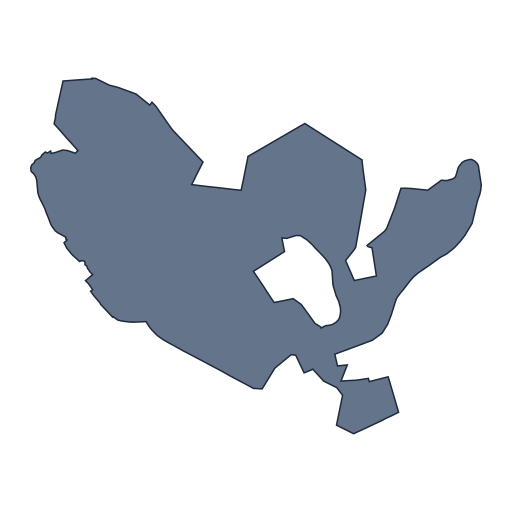 Staicele, Alojas, Latvia
{"feature_id": "27541924B49532030133644", "entity_name": "Staicele", "entity_type": "district", "adm_level": 2, "iso_a3": "LVA", "parent_name": "Latvia", "parent_adm1": "Alojas", "projection": "albers", "projection_center": [24.758, 57.834], "detail": "fine", "context": "isolated", "style": "filled", "palette": "slate", "viewbox_px": 512, "rotation_deg": 0, "n_neighbors": 0, "source": "geoboundaries", "source_scale": "gbopen_adm2", "svg_char_len": 3659}
<svg xmlns="http://www.w3.org/2000/svg" viewBox="0 0 512 512"><path d="M295.7,355.2L304.1,372.9L311.6,369.8L312.7,369.1L323.8,381.2L336.8,387.7L339.7,391.5L342.6,395.2L340.1,407.5L337.6,419.8L336.5,425.2L353.6,433.7L382.4,420.3L382.6,420.2L383.7,419.5L384.8,418.9L394.0,414.6L398.6,412.3L389.0,379.5L388.5,378.2L388.1,376.8L378.7,379.2L369.3,381.6L368.8,380.0L368.4,378.4L363.7,379.1L359.1,379.8L357.6,380.0L356.2,380.2L348.5,380.6L341.0,381.1L347.3,364.9L337.5,365.9L334.8,354.2L372.3,340.3L382.1,333.2L387.6,324.4L391.3,314.8L395.5,301.3L396.8,297.9L400.5,292.9L403.6,289.3L409.7,281.3L413.5,276.9L418.6,272.6L429.2,265.4L440.4,257.3L446.7,253.9L451.4,250.2L454.4,247.7L460.1,241.6L464.7,235.7L472.1,223.4L477.2,201.9L478.4,198.1L479.8,194.4L480.6,190.8L481.3,185.2L478.4,165.8L477.5,163.9L475.8,162.0L474.6,161.0L471.5,159.4L469.1,159.6L468.0,159.9L464.6,160.9L462.3,162.3L460.5,164.4L459.5,165.7L458.3,167.5L455.9,175.7L455.0,177.2L454.3,178.0L452.7,178.9L447.1,180.5L446.5,180.5L444.6,180.5L441.4,180.2L427.7,190.2L411.6,188.5L405.1,188.2L402.5,188.3L401.0,188.2L394.5,208.4L386.7,228.3L384.6,231.2L367.0,245.5L367.9,246.6L369.2,247.0L372.0,247.8L376.4,276.0L354.3,280.5L345.6,260.5L353.9,250.1L354.3,249.5L355.6,247.5L355.7,247.1L360.2,222.1L365.8,189.9L362.9,168.4L362.0,159.9L304.8,123.5L289.0,132.6L288.5,132.9L248.0,156.4L243.5,179.1L243.3,180.1L242.2,185.2L241.1,190.3L229.5,189.0L217.8,187.6L209.2,186.7L200.6,185.7L191.7,184.6L195.6,176.8L196.2,175.5L203.0,162.0L180.2,138.0L179.3,137.1L172.9,130.4L172.8,130.2L171.1,128.0L169.5,125.8L156.0,106.4L152.0,102.2L149.8,105.1L144.7,101.0L136.2,94.1L118.0,87.4L109.4,85.2L102.5,81.8L95.6,78.4L93.9,78.3L92.1,78.3L92.3,78.6L92.4,78.9L77.7,79.9L63.0,81.0L62.9,81.7L55.5,115.1L55.5,117.4L54.1,123.8L62.2,132.9L69.4,141.2L70.4,142.1L77.9,150.6L76.6,151.9L75.2,153.2L71.2,151.8L67.2,150.5L62.8,150.0L55.3,152.5L51.3,153.5L50.6,151.0L47.5,153.0L45.3,152.0L43.6,153.5L41.9,154.9L40.7,157.3L37.8,158.9L36.7,159.5L35.2,160.4L34.3,162.7L31.7,165.0L30.9,167.2L30.7,167.9L31.1,171.3L34.0,174.2L35.8,177.0L36.7,180.3L37.1,184.5L37.8,192.4L38.9,196.4L40.4,199.8L42.1,203.0L44.7,208.3L46.3,212.9L48.2,217.4L50.7,224.1L52.0,226.4L55.3,230.9L57.8,232.8L63.7,236.0L65.9,237.3L65.7,238.3L65.8,239.0L66.5,239.6L67.1,239.9L64.0,242.8L64.4,243.5L66.8,248.2L71.9,254.5L79.6,261.5L81.4,260.7L83.7,260.9L84.8,261.7L85.0,262.7L84.9,264.0L85.0,264.6L85.2,265.0L86.6,265.8L87.0,266.7L87.6,268.5L89.3,270.7L89.5,271.5L92.7,274.6L85.5,280.7L88.0,283.2L89.5,285.1L92.7,289.8L90.6,291.2L91.8,292.8L92.9,294.5L95.0,297.1L97.2,299.6L98.5,301.2L99.8,302.7L100.7,304.5L112.7,317.2L113.0,317.0L113.2,316.7L114.3,317.6L115.4,318.4L116.6,319.2L117.9,320.1L119.7,320.5L121.5,321.0L125.9,321.6L130.4,322.1L132.4,322.1L134.4,322.1L140.2,321.9L146.0,321.6L147.7,324.3L149.4,326.9L150.4,328.2L151.7,329.8L154.6,332.8L157.0,335.2L159.6,337.2L162.9,339.5L166.3,341.5L169.5,343.3L177.6,347.7L184.7,351.7L185.5,352.0L221.2,370.9L227.6,374.5L228.9,375.3L252.2,387.7L252.8,388.1L253.4,388.4L262.1,388.9L274.8,368.2L291.1,354.7L295.7,355.2ZM288.1,299.7L283.8,300.6L274.1,302.5L271.0,297.9L270.2,296.6L265.8,290.0L263.6,286.5L263.3,286.1L253.4,271.3L284.5,251.6L283.2,244.8L281.9,238.0L286.7,238.4L296.1,235.5L300.5,235.7L307.3,240.1L312.4,244.9L315.4,248.3L319.6,252.5L325.2,258.5L328.9,263.6L330.8,267.3L332.0,270.7L333.0,285.1L336.1,295.6L338.8,301.6L340.4,308.0L340.6,311.7L340.1,315.3L339.4,318.0L338.1,320.2L335.7,322.5L332.6,324.3L331.6,324.8L328.1,325.4L325.6,325.7L322.3,327.4L321.2,328.1L320.7,326.9L316.7,324.5L315.0,323.4L303.9,308.0L301.3,304.5L293.1,298.6L292.1,298.9L288.1,299.7Z" fill="#64748b" stroke="#1e293b" stroke-width="1.5"/></svg>